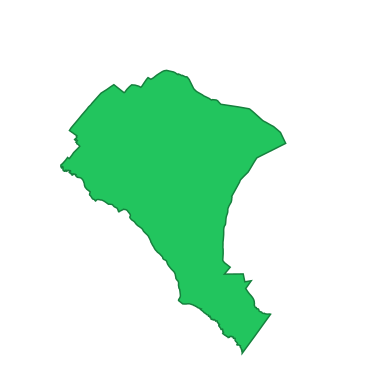 Tram Kak, Takêv, Cambodia, rotated 216°
{"feature_id": "14789045B29748003627155", "entity_name": "Tram Kak", "entity_type": "district", "adm_level": 2, "iso_a3": "KHM", "parent_name": "Cambodia", "parent_adm1": "Takêv", "projection": "orthographic", "projection_center": [104.595, 11.012], "detail": "fine", "context": "isolated", "style": "filled", "palette": "green", "viewbox_px": 384, "rotation_deg": 216, "n_neighbors": 0, "source": "geoboundaries", "source_scale": "gbopen_adm2", "svg_char_len": 5991}
<svg xmlns="http://www.w3.org/2000/svg" viewBox="0 0 384 384"><g transform="rotate(216 192 192)"><path d="M56.6,91.0L56.5,112.4L56.6,139.3L57.2,139.1L57.8,138.7L59.1,137.6L61.3,136.4L62.0,136.5L63.0,135.6L64.2,135.4L64.8,135.7L65.3,135.7L66.2,135.3L67.3,135.2L67.8,135.2L69.1,136.2L70.0,136.3L70.9,135.6L72.1,136.3L72.6,135.9L73.5,136.0L73.9,136.3L74.4,136.7L74.9,136.9L75.3,137.3L75.5,137.8L75.8,138.3L77.5,140.2L79.0,141.3L81.0,142.2L83.1,142.8L85.9,143.4L88.8,144.3L90.8,145.1L91.8,145.4L91.9,155.0L96.5,150.4L102.4,155.8L117.5,144.6L116.9,153.6L124.3,153.9L126.9,154.7L130.6,160.5L133.4,164.3L133.8,164.6L134.4,165.3L136.3,168.1L137.5,169.7L138.6,171.7L140.0,174.0L141.3,176.1L142.5,177.8L144.2,180.1L145.2,181.9L145.7,183.4L145.8,185.2L146.5,186.6L148.6,190.0L149.5,191.6L150.2,193.5L150.6,195.0L151.2,196.6L152.0,197.9L152.7,198.8L153.2,199.7L153.9,202.6L154.4,207.0L155.2,208.8L156.1,210.2L156.7,211.5L157.3,211.7L157.9,216.8L159.3,227.8L159.8,229.5L159.9,230.5L159.3,235.0L158.6,239.2L158.3,240.9L158.5,243.8L159.3,252.6L159.6,257.3L159.5,257.8L159.4,258.2L144.8,286.4L155.5,292.2L163.0,292.8L164.5,292.9L166.5,292.6L169.9,292.2L173.5,291.8L174.5,291.6L176.1,291.4L177.0,291.4L190.4,292.8L194.0,293.0L194.9,292.8L204.3,288.2L220.3,279.9L223.9,280.6L224.8,280.9L225.5,280.8L226.4,280.7L229.7,278.8L230.1,278.0L230.9,277.8L233.1,277.8L233.6,277.7L239.0,276.7L240.8,276.7L246.9,276.0L248.6,276.1L251.4,276.6L253.1,277.5L259.4,280.8L260.3,281.3L263.4,282.2L263.9,282.1L265.0,281.3L267.4,280.9L268.6,280.6L268.8,280.1L270.9,279.9L272.5,279.4L272.4,278.7L273.4,278.6L275.9,278.6L277.7,278.2L281.1,276.7L284.0,275.5L285.8,273.7L286.8,272.0L288.0,269.0L289.2,265.9L290.3,261.8L291.5,259.0L294.8,258.7L294.9,258.0L295.0,256.1L294.9,252.2L294.7,248.0L295.0,246.6L297.3,246.3L300.9,245.0L303.8,243.2L304.5,240.3L305.0,236.7L305.0,233.0L305.4,232.4L318.3,232.9L319.6,229.5L321.1,225.0L323.7,218.5L325.1,204.8L325.1,203.0L325.7,200.0L325.7,198.3L325.8,196.4L326.4,189.6L326.6,185.4L327.5,172.8L327.3,169.7L318.1,169.8L318.0,169.3L318.1,168.9L317.8,168.6L317.3,168.5L317.3,167.4L317.5,167.1L317.7,166.5L317.8,165.4L316.7,165.3L316.6,165.7L316.5,166.4L316.0,166.3L315.5,166.3L314.9,166.2L315.2,164.1L314.7,164.1L314.1,164.1L313.6,163.4L312.9,163.4L312.0,163.5L310.5,163.3L309.7,163.1L309.8,161.5L310.9,154.3L310.8,151.2L310.9,147.3L311.0,146.8L313.0,146.8L312.9,145.8L313.0,144.6L312.9,144.1L313.0,143.7L313.1,141.9L313.2,141.4L313.3,139.9L313.4,139.4L313.4,138.9L313.8,137.5L313.9,136.7L313.6,136.4L313.4,136.0L313.1,135.6L312.7,135.6L312.5,135.2L312.1,134.9L311.6,134.8L311.4,135.2L311.5,135.7L311.6,136.1L311.6,136.5L311.1,136.4L310.5,135.7L310.2,135.2L309.7,134.4L309.2,134.1L308.8,133.7L308.4,133.7L307.8,133.9L307.4,133.8L307.0,134.1L307.0,134.5L307.3,134.9L307.0,135.4L306.6,135.6L306.2,135.1L305.8,134.9L305.3,135.7L305.1,136.1L305.2,136.5L304.2,137.2L303.7,137.2L303.3,137.5L302.9,137.8L302.5,137.5L302.9,136.6L303.1,136.1L302.9,135.7L302.3,135.6L301.5,136.0L301.2,135.7L300.4,135.6L300.1,136.1L299.7,136.1L299.6,135.7L299.1,135.2L298.7,135.4L298.7,135.8L298.4,136.1L298.3,136.6L298.5,137.0L298.2,137.3L297.2,137.4L296.8,137.4L296.6,137.8L296.1,137.9L295.9,137.4L295.9,137.0L295.4,136.8L294.5,136.6L294.1,136.9L293.4,136.5L290.6,138.0L289.1,138.0L287.4,137.6L286.1,136.9L284.2,135.6L282.8,134.1L281.3,133.1L278.7,132.4L274.5,132.3L274.0,131.2L273.6,130.0L273.0,129.4L271.9,129.3L271.3,129.1L270.7,128.9L270.1,128.6L269.6,128.4L268.4,128.0L267.7,128.1L267.0,128.4L266.2,128.5L265.7,128.2L264.8,128.0L264.6,128.5L264.6,129.6L264.2,130.2L263.2,131.0L262.1,131.5L261.3,131.8L260.4,132.4L259.2,132.7L257.8,132.9L256.4,133.0L253.1,133.0L252.4,133.0L251.7,133.6L250.5,134.3L249.1,135.0L248.4,134.9L247.8,134.7L246.9,134.5L246.3,134.4L245.5,134.5L243.2,134.9L242.0,134.4L239.8,132.9L239.1,133.5L239.1,134.1L238.8,134.8L238.5,135.2L237.4,137.3L237.4,137.7L236.0,138.4L235.0,138.9L234.1,139.0L233.3,138.9L231.8,138.4L229.5,137.8L228.5,137.3L228.1,136.9L227.8,136.4L227.6,135.1L226.3,134.4L224.4,134.0L222.8,134.1L221.3,134.1L220.5,133.9L218.4,133.2L216.3,132.9L214.0,133.0L211.1,133.0L209.3,132.4L208.8,132.0L207.7,131.7L206.7,131.5L204.5,131.2L202.9,131.0L201.6,130.7L199.0,129.4L197.0,128.3L195.6,127.2L194.5,126.8L193.3,126.1L191.9,125.5L190.7,125.1L189.3,124.3L187.4,123.6L186.0,123.4L184.6,123.0L183.2,123.0L181.4,122.9L180.2,122.6L178.8,122.4L177.5,122.0L176.3,121.0L175.0,120.9L173.7,121.2L172.4,121.3L170.9,120.4L169.5,119.4L167.6,118.6L163.5,117.5L159.7,116.9L157.6,115.9L156.3,114.7L154.7,113.2L154.3,112.7L153.2,112.2L152.6,112.0L151.0,111.7L150.2,111.3L149.5,110.6L148.8,109.7L148.3,108.8L146.8,107.3L146.1,106.6L144.8,106.0L143.3,104.5L141.2,102.2L140.3,101.1L139.8,99.9L139.6,98.4L139.6,97.2L139.2,96.4L138.4,96.2L137.1,96.2L133.8,96.0L132.5,96.8L131.0,97.9L129.7,99.1L128.3,100.1L126.9,100.6L124.3,101.4L123.8,101.3L122.9,101.7L122.1,101.6L120.9,102.0L120.2,101.8L119.2,101.9L116.6,102.6L115.9,102.8L116.1,102.0L113.0,101.9L111.4,101.6L110.9,101.5L110.3,101.7L109.4,101.7L108.2,101.5L107.5,101.6L106.6,102.0L106.1,101.7L105.6,101.2L105.2,101.4L104.7,101.9L104.5,101.5L103.7,101.2L103.6,101.6L103.1,101.3L102.6,101.0L101.7,100.3L101.2,100.5L100.3,101.2L99.8,100.9L99.2,101.2L99.0,101.8L98.6,101.7L98.2,101.9L97.7,101.7L97.3,101.8L97.0,101.5L96.4,102.1L95.7,102.4L95.2,101.7L94.4,101.3L93.5,101.4L93.2,101.1L92.5,100.8L91.9,101.0L91.7,100.4L92.0,100.0L91.6,99.4L90.7,99.3L90.2,99.0L88.7,98.6L88.2,98.1L87.5,97.9L87.1,98.6L86.7,99.0L85.9,98.4L85.3,97.5L84.9,97.2L84.1,97.1L84.1,96.6L84.2,95.8L83.3,95.5L82.5,95.6L81.6,95.4L80.5,95.8L79.7,95.5L78.9,95.6L78.3,95.8L77.6,95.9L77.3,95.5L76.8,95.8L76.2,96.8L76.5,97.3L76.0,97.9L75.1,98.5L74.7,98.6L74.2,98.3L73.6,98.9L72.8,98.6L72.4,98.0L71.6,98.5L71.1,98.9L70.7,98.6L70.2,97.5L69.0,96.9L67.5,96.7L66.4,96.4L66.0,95.6L65.9,94.8L65.4,94.8L64.8,95.6L63.1,95.8L62.4,96.0L62.2,95.4L61.6,94.8L61.0,94.7L59.9,94.1L59.3,93.5L58.5,93.6L58.5,93.0L57.9,92.3L57.3,92.1L57.1,91.7L56.6,91.0Z" fill="#22c55e" stroke="#15803d" stroke-width="1.5"/></g></svg>